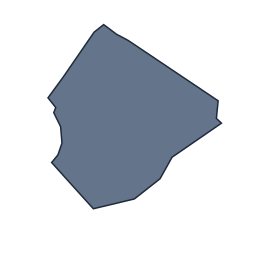 Candler, Georgia, United States of America (Mercator projection), rotated 201°
{"feature_id": "52423323B29086368153286", "entity_name": "Candler", "entity_type": "district", "adm_level": 2, "iso_a3": "USA", "parent_name": "United States of America", "parent_adm1": "Georgia", "projection": "mercator", "projection_center": [-82.052, 32.414], "detail": "fine", "context": "isolated", "style": "filled", "palette": "slate", "viewbox_px": 256, "rotation_deg": 201, "n_neighbors": 0, "source": "geoboundaries", "source_scale": "gbopen_adm2", "svg_char_len": 420}
<svg xmlns="http://www.w3.org/2000/svg" viewBox="0 0 256 256"><g transform="rotate(201 128 128)"><path d="M156.7,53.0L131.4,40.2L96.6,64.1L79.9,92.1L78.7,100.5L76.4,116.5L42.5,166.0L48.9,168.6L53.6,185.7L159.2,209.8L172.2,211.4L187.8,215.8L194.0,205.3L206.7,152.5L213.5,127.5L202.8,121.2L202.8,115.7L191.4,105.1L184.2,90.2L183.8,77.8L186.9,68.4L156.7,53.0Z" fill="#64748b" stroke="#1e293b" stroke-width="1.5"/></g></svg>